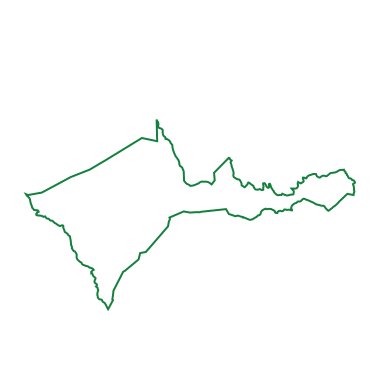 outline of San Ildefonso Sola, Oaxaca, Mexico, rotated 242°
{"feature_id": "50627088B40141322880510", "entity_name": "San Ildefonso Sola", "entity_type": "district", "adm_level": 2, "iso_a3": "MEX", "parent_name": "Mexico", "parent_adm1": "Oaxaca", "projection": "albers", "projection_center": [-96.966, 16.576], "detail": "fine", "context": "isolated", "style": "outline", "palette": "green", "viewbox_px": 384, "rotation_deg": 242, "n_neighbors": 0, "source": "geoboundaries", "source_scale": "gbopen_adm2", "svg_char_len": 6010}
<svg xmlns="http://www.w3.org/2000/svg" viewBox="0 0 384 384"><g transform="rotate(242 192 192)"><path d="M272.6,194.8L253.2,185.1L263.2,173.1L260.6,130.1L259.8,112.2L262.1,92.1L262.0,59.1L266.3,45.8L268.0,44.4L266.2,44.5L265.0,45.1L262.7,45.5L261.6,45.5L260.6,45.2L259.4,44.7L256.4,44.1L254.9,44.0L253.2,43.5L252.4,43.8L250.3,44.1L249.8,44.9L249.4,45.3L249.0,45.9L248.8,46.4L248.3,47.1L247.8,47.3L247.3,47.4L246.5,47.3L246.6,46.2L246.6,45.7L246.2,45.0L245.8,44.7L245.8,44.3L245.5,44.0L245.0,43.8L244.4,44.0L244.0,44.6L243.3,45.3L243.0,46.0L242.6,46.6L241.5,48.1L239.8,49.2L239.5,50.8L237.7,51.1L236.8,51.4L236.2,52.0L235.8,52.7L235.2,53.0L233.4,53.5L232.3,55.0L231.6,55.4L230.0,55.9L229.2,56.2L228.1,57.0L225.5,58.2L223.9,59.5L223.8,60.0L223.7,61.3L223.5,61.8L223.1,62.3L222.6,62.4L222.0,62.3L221.5,61.8L220.6,61.5L219.3,61.4L217.9,61.3L216.7,60.9L216.0,61.1L215.4,61.6L214.4,62.0L213.6,62.5L211.8,62.6L210.6,63.3L209.7,63.3L209.1,63.0L207.9,62.7L206.0,62.1L205.2,61.7L204.3,61.4L203.4,61.1L202.5,60.6L201.7,60.3L200.9,60.4L200.1,60.3L198.6,59.5L197.9,59.6L196.6,59.6L195.3,59.9L194.8,60.5L194.1,60.8L192.6,60.9L190.7,60.8L189.2,59.8L188.4,59.4L187.5,59.2L186.0,59.2L185.4,59.4L183.4,60.1L181.5,61.2L180.2,61.1L179.1,61.4L177.5,62.9L176.7,63.4L175.6,64.8L174.6,65.6L173.4,65.9L173.0,66.6L171.3,68.1L170.4,68.5L169.4,68.6L169.4,67.4L169.1,66.2L168.7,65.4L167.9,65.1L168.1,65.6L166.1,65.6L165.1,65.4L163.6,65.5L162.3,66.1L161.2,66.4L160.5,65.8L160.2,65.3L159.9,64.8L159.2,64.3L158.9,63.9L157.6,63.6L156.7,63.8L156.4,64.1L155.3,64.6L154.5,64.4L154.0,63.9L153.6,62.9L151.8,63.7L150.2,63.1L149.4,63.2L149.0,62.9L148.7,62.5L148.1,61.8L146.8,60.8L145.4,60.0L144.3,59.9L143.6,59.5L143.2,59.4L142.3,59.4L140.8,59.8L140.5,60.1L139.8,61.2L139.4,61.6L138.7,61.8L137.3,61.6L136.5,61.9L135.2,62.8L131.7,63.0L130.8,62.8L127.9,62.9L133.6,71.5L134.5,71.2L139.1,74.6L141.7,76.3L153.9,93.8L153.9,95.7L157.5,113.1L162.4,117.6L160.7,123.1L172.9,154.7L176.3,157.3L177.0,158.0L177.9,159.2L178.6,159.9L179.3,160.1L180.0,160.1L178.7,175.6L174.7,180.7L172.4,185.9L170.5,189.3L170.2,190.9L160.9,214.0L155.3,214.2L151.5,217.8L150.5,218.5L150.0,219.9L149.5,221.7L148.1,222.9L147.1,223.8L146.1,225.2L145.4,225.1L145.0,226.0L143.8,227.0L140.2,230.0L139.5,232.7L139.7,235.0L139.7,237.4L140.3,239.2L140.0,240.1L140.1,241.7L140.7,242.5L141.6,243.1L142.7,245.0L142.8,245.7L142.8,246.5L142.9,247.4L142.7,249.2L142.0,249.5L141.4,250.7L141.3,251.4L139.8,253.9L138.4,254.8L137.4,255.7L136.4,256.0L135.6,256.1L134.9,255.8L134.2,256.2L133.4,257.5L134.3,258.5L134.4,259.8L134.1,260.9L132.8,262.3L132.5,263.8L133.2,265.2L132.5,266.6L131.7,267.1L131.3,268.4L130.3,270.2L129.5,270.7L128.9,271.7L129.7,272.0L130.8,271.7L131.9,272.5L133.1,274.0L133.1,274.4L133.6,275.8L133.7,277.4L133.4,279.0L133.9,280.9L133.1,282.4L132.8,283.8L133.2,284.6L133.8,287.0L133.1,288.2L131.4,289.4L130.6,290.3L128.0,292.3L126.9,293.2L125.3,294.4L123.8,295.2L122.4,296.2L121.6,297.3L119.1,299.9L118.0,301.8L117.3,302.1L114.6,302.5L113.5,302.8L112.6,303.0L111.4,303.6L111.5,305.1L111.9,306.8L112.0,308.0L112.6,310.2L112.7,311.9L113.6,315.3L114.4,317.3L117.4,328.3L113.5,333.2L114.5,333.9L116.2,335.6L117.7,335.9L118.4,336.5L119.2,336.8L119.7,336.9L121.1,337.5L121.9,337.5L123.4,337.9L123.7,340.3L125.3,340.5L126.5,340.1L126.9,339.4L127.4,339.0L128.5,339.0L129.2,338.6L129.9,337.9L130.2,337.3L130.6,337.1L131.6,337.0L133.2,337.0L134.1,337.0L134.4,336.8L135.4,337.1L135.9,337.1L136.3,336.7L136.6,336.5L137.0,336.6L137.7,336.9L138.7,336.7L139.0,336.5L139.4,336.4L140.4,336.6L140.7,335.6L141.9,333.2L142.0,332.2L141.9,329.1L142.0,328.1L142.4,326.6L143.6,323.5L143.6,322.7L143.4,321.8L142.8,318.5L143.0,317.7L144.0,316.7L145.0,315.2L145.1,314.4L144.7,311.7L145.2,311.0L145.8,310.5L146.8,309.9L147.5,309.7L148.6,309.7L149.5,310.0L150.1,309.1L150.4,308.7L150.7,308.3L151.0,307.4L151.1,306.5L151.7,303.2L151.7,301.9L151.3,300.8L150.4,299.4L150.8,298.7L152.0,297.8L152.6,296.7L151.8,296.2L150.5,296.1L149.0,295.6L148.7,294.8L148.5,292.1L149.4,291.5L150.3,290.7L151.0,290.4L150.5,289.8L149.5,289.0L148.8,289.0L148.1,288.8L147.1,288.0L146.6,287.2L146.2,286.2L146.3,285.4L146.9,283.9L147.6,283.0L148.3,281.5L147.0,281.8L146.5,282.1L145.1,282.2L144.2,281.9L142.3,280.4L142.9,278.8L143.4,277.9L143.5,276.9L144.0,275.0L144.4,274.1L145.6,272.9L146.7,271.9L148.1,270.9L147.4,269.5L147.8,268.9L148.2,268.0L148.7,266.5L149.5,265.7L150.4,265.2L151.2,265.0L152.6,264.5L153.2,264.4L154.2,264.6L155.7,264.2L156.7,264.3L158.4,264.0L161.8,264.6L162.7,264.6L162.9,263.9L162.4,263.3L160.6,262.7L160.1,262.3L159.9,261.9L159.9,261.2L160.4,260.8L160.9,260.6L162.0,260.4L164.1,260.5L165.4,260.3L165.8,260.1L166.1,259.5L166.2,258.9L164.9,258.2L163.0,257.7L162.6,257.1L162.0,256.6L160.9,256.3L160.5,255.4L161.0,254.6L161.7,253.9L162.8,253.2L162.8,252.7L163.0,251.6L164.1,249.6L165.1,249.0L167.3,248.8L168.5,249.1L171.8,247.4L173.1,247.0L173.9,246.2L173.6,245.4L172.9,244.8L172.6,244.3L172.3,243.2L171.9,242.2L171.5,241.1L171.6,240.5L173.3,239.7L174.0,239.2L174.7,239.0L176.2,239.7L177.6,239.9L180.1,239.8L181.1,239.3L181.7,238.4L182.9,237.3L184.1,236.8L184.8,236.2L186.0,235.9L187.5,236.4L188.9,237.5L189.8,237.8L190.7,238.1L191.4,238.4L192.3,238.4L193.3,238.7L195.8,239.0L197.5,239.6L200.0,239.9L200.8,241.2L201.2,241.8L202.0,241.2L203.4,240.8L204.2,241.1L204.9,240.5L198.6,220.5L191.6,217.5L189.5,212.9L190.9,212.2L192.1,211.7L193.6,210.5L194.7,209.0L196.0,206.5L196.7,205.4L196.8,204.0L196.8,203.0L196.5,201.9L196.8,199.1L196.8,198.1L197.1,196.5L197.4,195.4L198.2,193.4L199.5,192.9L201.6,191.3L202.7,190.8L205.7,190.3L214.2,194.4L218.4,194.8L220.7,193.6L222.4,193.9L224.4,194.7L226.5,195.0L231.8,194.3L236.8,194.8L239.6,195.4L243.0,196.7L245.3,196.1L246.3,196.3L247.7,196.2L249.0,195.7L249.7,195.2L250.4,194.9L250.9,193.9L251.4,193.5L252.7,194.2L254.9,193.3L255.9,193.3L258.2,193.9L259.6,194.9L260.7,195.2L261.8,194.9L262.7,194.4L263.9,193.1L265.0,192.7L265.8,192.9L266.6,193.4L267.1,193.9L268.4,194.4L268.8,194.7L269.6,194.8L271.4,194.6L272.6,194.8Z" fill="none" stroke="#15803d" stroke-width="2"/></g></svg>